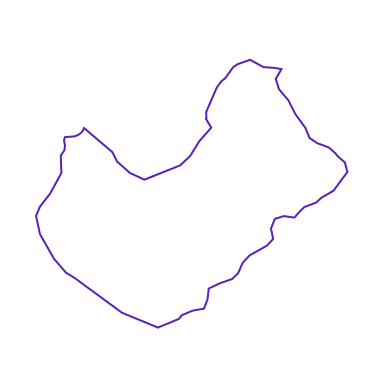 SVG path tracing the border of Zoundwéogo, rotated 278°
{"feature_id": "BFA-2831", "entity_name": "Zoundwéogo", "entity_type": "Province", "adm_level": 1, "iso_a3": "BFA", "parent_name": "Burkina Faso", "parent_adm1": "", "projection": "natural_earth1", "projection_center": [-0.901, 11.547], "detail": "fine", "context": "isolated", "style": "outline", "palette": "violet", "viewbox_px": 384, "rotation_deg": 278, "n_neighbors": 0, "source": "natural_earth", "source_scale": "10m", "svg_char_len": 1026}
<svg xmlns="http://www.w3.org/2000/svg" viewBox="0 0 384 384"><g transform="rotate(278 192 192)"><path d="M209.8,57.0L215.8,59.9L220.6,59.7L225.2,58.1L228.6,58.5L230.9,68.5L233.4,72.3L236.7,75.1L240.3,76.2L220.3,107.7L211.8,113.5L202.2,127.9L197.6,143.1L216.7,176.5L227.3,185.1L243.2,192.1L258.4,202.1L266.4,195.6L267.1,196.0L273.2,194.9L299.2,202.1L305.8,205.7L309.3,209.1L321.0,215.2L324.8,219.2L331.0,231.1L325.6,245.4L326.4,256.3L326.1,263.5L315.8,259.2L305.9,263.8L296.3,274.6L283.3,283.7L271.2,295.4L261.9,300.8L257.8,309.2L255.1,321.4L250.2,328.7L247.7,331.3L242.6,339.2L233.5,343.1L212.9,331.9L204.3,320.9L198.9,316.5L192.7,305.3L185.7,300.0L180.9,297.0L180.9,286.2L176.9,277.8L166.8,275.3L156.8,278.9L149.2,273.5L137.3,257.9L128.8,252.0L118.0,249.0L111.5,243.9L105.5,232.3L98.7,222.0L87.5,222.3L78.2,220.1L74.6,209.2L68.6,199.1L64.5,196.7L53.0,177.1L62.7,139.4L90.4,88.0L94.6,78.4L106.6,64.7L129.1,47.3L146.7,40.9L156.4,43.5L170.6,51.7L192.6,60.0L209.8,57.0Z" fill="none" stroke="#5b21b6" stroke-width="2"/></g></svg>